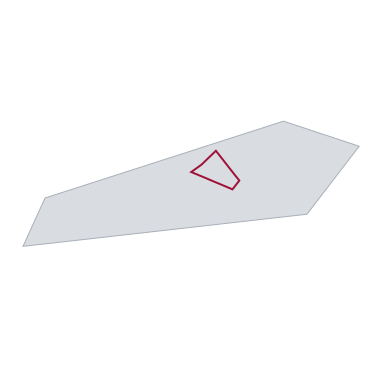 where The Valley sits in Anguilla, rotated 12°
{"feature_id": "AIA-5126", "entity_name": "The Valley", "entity_type": "District", "adm_level": 1, "iso_a3": "AIA", "parent_name": "Anguilla", "parent_adm1": "", "projection": "orthographic", "projection_center": [-63.059, 18.236], "detail": "fine", "context": "in_parent", "style": "outline", "palette": "rose", "viewbox_px": 384, "rotation_deg": 12, "n_neighbors": 0, "source": "natural_earth", "source_scale": "10m", "svg_char_len": 381}
<svg xmlns="http://www.w3.org/2000/svg" viewBox="0 0 384 384"><g transform="rotate(12 192 192)"><path d="M309.1,189.8L38.0,280.3L49.5,228.4L266.7,103.7L346.0,112.5L309.1,189.8Z" fill="#d9dde1" stroke="#a8b0b8" stroke-width="1"/><path d="M187.1,172.6L195.5,163.4L206.8,146.7L229.0,165.3L235.9,171.0L231.0,181.0L187.1,172.6Z" fill="none" stroke="#9f1239" stroke-width="2"/></g></svg>